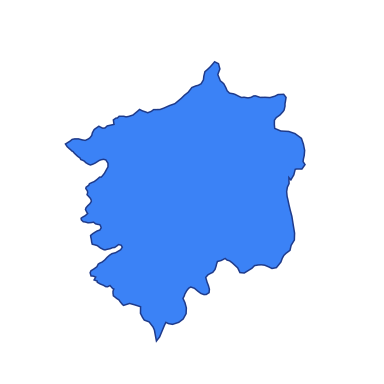 the district of Kissidougou, Kissidougou, Guinea, rotated 57°
{"feature_id": "49546643B59034527585113", "entity_name": "Kissidougou", "entity_type": "district", "adm_level": 2, "iso_a3": "GIN", "parent_name": "Guinea", "parent_adm1": "Kissidougou", "projection": "natural_earth1", "projection_center": [-10.076, 9.254], "detail": "fine", "context": "isolated", "style": "filled", "palette": "blue", "viewbox_px": 384, "rotation_deg": 57, "n_neighbors": 0, "source": "geoboundaries", "source_scale": "gbopen_adm2", "svg_char_len": 3932}
<svg xmlns="http://www.w3.org/2000/svg" viewBox="0 0 384 384"><g transform="rotate(57 192 192)"><path d="M86.1,234.3L86.2,237.0L86.2,238.8L86.4,240.2L88.1,243.3L90.0,245.3L91.0,248.3L91.0,250.4L90.8,251.9L90.6,253.4L88.7,255.5L85.6,258.3L83.5,261.6L82.6,263.9L82.9,266.3L82.8,272.0L86.1,272.0L87.9,271.5L88.9,271.3L90.3,270.8L92.0,270.5L93.4,269.7L95.0,269.6L96.8,269.2L99.7,268.5L102.5,267.4L104.2,267.6L106.0,266.3L107.7,265.4L109.3,265.2L112.2,263.8L114.0,262.5L114.6,260.3L115.0,257.4L115.0,254.2L115.0,252.8L115.4,250.8L116.4,248.4L118.1,246.8L122.1,246.8L125.2,248.8L126.7,251.7L128.6,255.2L129.2,257.0L129.4,257.5L130.1,259.9L129.2,261.4L129.5,263.0L129.8,265.2L130.0,268.4L129.5,271.0L129.2,273.5L130.1,274.9L130.3,278.2L131.3,279.2L131.5,279.2L134.1,279.1L135.8,279.9L137.1,281.5L138.6,281.2L141.9,280.7L143.7,280.9L145.1,281.6L146.2,284.0L146.7,286.8L147.5,289.5L148.7,290.9L151.3,291.2L153.2,291.2L153.7,294.5L153.5,297.4L153.6,299.3L154.2,299.6L155.2,300.0L157.7,299.4L159.0,297.9L161.2,296.0L162.7,293.3L163.7,291.0L166.2,290.2L167.9,288.6L168.5,287.9L169.2,287.1L170.8,287.2L172.6,287.7L173.7,290.0L173.0,292.7L172.9,295.3L172.9,297.9L173.2,300.7L174.6,301.4L176.8,302.2L179.3,303.4L181.5,304.1L182.7,302.9L185.4,300.6L189.1,299.3L192.2,297.5L193.2,296.5L193.8,294.5L195.0,291.4L195.4,289.0L196.4,287.1L196.3,284.3L196.1,282.2L198.0,280.4L200.3,280.5L201.6,283.3L201.3,289.1L200.1,292.7L200.1,295.6L200.6,298.9L201.5,302.3L201.8,305.7L201.4,308.0L201.4,309.9L202.9,312.5L203.1,316.4L203.0,319.6L204.2,321.4L207.4,322.4L208.8,320.6L210.9,319.1L212.4,322.0L215.1,320.0L216.1,320.6L219.1,319.1L222.1,317.0L224.4,315.9L225.5,314.4L225.8,311.7L229.7,311.1L230.8,310.4L232.2,312.3L234.1,313.5L235.5,314.1L236.2,314.5L237.0,314.2L240.3,313.1L242.8,312.0L244.8,312.0L248.4,311.6L249.8,311.2L251.5,305.0L255.1,301.8L260.2,297.6L265.7,301.3L270.2,301.8L273.2,301.8L273.4,301.8L277.6,298.7L284.0,298.2L287.2,298.7L297.6,303.0L297.5,302.7L295.9,298.1L288.7,287.6L287.1,284.9L289.6,283.4L292.4,280.4L294.1,274.1L293.7,268.6L290.8,263.2L286.2,259.9L281.0,258.2L276.3,257.5L274.9,255.0L273.8,253.8L271.9,250.2L270.9,247.2L271.0,244.8L274.1,242.4L278.7,241.0L281.9,239.8L284.5,237.9L285.3,236.6L285.7,235.9L285.7,232.5L283.1,230.4L279.4,229.2L275.9,228.5L271.1,227.0L270.1,223.5L270.4,220.3L270.7,218.4L269.5,214.9L266.9,211.7L266.1,211.0L264.1,208.5L265.3,205.0L265.8,200.4L268.2,199.7L270.1,198.0L273.4,196.8L280.5,195.0L285.7,195.7L288.4,192.3L288.6,183.3L287.8,179.6L288.4,178.3L289.2,176.3L290.8,173.5L293.0,170.9L296.8,168.3L299.7,166.6L301.4,162.4L299.2,155.7L296.7,152.3L295.2,149.5L294.6,146.5L294.3,141.6L290.7,137.9L288.0,132.3L282.4,128.4L274.0,124.7L266.8,121.5L260.4,119.4L255.4,117.6L250.2,115.6L247.6,114.7L243.2,112.4L239.9,109.4L237.8,106.0L234.2,103.8L232.7,102.9L235.7,102.5L233.1,97.3L229.2,93.1L229.7,91.7L232.6,87.3L230.6,82.3L227.0,82.3L225.0,80.6L222.5,78.0L218.5,74.9L212.5,72.5L206.6,71.0L199.1,73.8L193.9,77.9L189.2,84.3L183.7,88.0L180.3,86.2L176.7,83.8L175.5,80.8L175.3,76.2L174.1,71.7L173.4,70.1L170.6,67.2L168.7,66.0L166.9,64.3L163.9,61.6L160.0,61.9L157.1,66.8L156.8,70.2L155.3,75.2L152.4,79.1L149.8,83.3L146.0,86.3L145.0,88.0L144.8,90.9L143.6,93.8L140.8,96.8L140.3,97.9L139.5,99.2L136.9,100.8L133.6,102.7L132.2,103.8L129.5,106.7L126.2,107.4L123.0,106.8L118.5,106.4L116.6,106.9L114.2,107.7L107.6,106.4L106.4,104.9L104.0,101.6L100.6,100.5L98.8,99.9L95.8,101.7L95.1,102.1L96.0,105.1L97.0,108.7L97.7,112.5L98.1,115.6L101.2,118.9L104.2,121.4L106.2,125.4L105.9,128.7L105.1,131.0L104.3,135.2L106.3,140.9L106.7,145.6L107.6,149.9L108.0,153.2L108.6,158.2L107.3,163.6L106.3,169.9L105.4,173.9L103.0,177.8L102.0,179.3L102.2,182.2L101.4,186.0L99.7,187.2L96.8,189.5L94.2,191.0L94.6,193.6L95.3,199.6L94.1,204.0L93.1,206.4L91.3,208.0L88.8,211.9L89.2,213.7L89.3,214.3L88.6,215.5L88.7,218.7L92.8,220.6L90.4,227.1L90.9,230.1L89.9,232.1L87.6,233.5L86.1,234.3Z" fill="#3b82f6" stroke="#1e3a8a" stroke-width="1.5"/></g></svg>